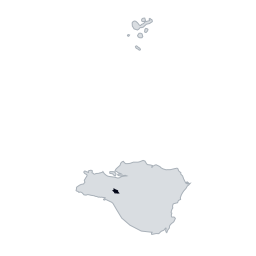 location of Paute, Azuay, Ecuador, rotated 85°
{"feature_id": "8360857B51005001809557", "entity_name": "Paute", "entity_type": "district", "adm_level": 2, "iso_a3": "ECU", "parent_name": "Ecuador", "parent_adm1": "Azuay", "projection": "equal_earth", "projection_center": [-78.747, -2.747], "detail": "fine", "context": "in_parent", "style": "filled", "palette": "ink", "viewbox_px": 256, "rotation_deg": 85, "n_neighbors": 0, "source": "geoboundaries", "source_scale": "gbopen_adm2", "svg_char_len": 4697}
<svg xmlns="http://www.w3.org/2000/svg" viewBox="0 0 256 256"><g transform="rotate(85 128 128)"><path d="M235.6,98.5L234.9,99.2L233.1,99.4L231.7,98.8L231.1,98.8L231.0,99.4L232.9,101.1L233.8,103.9L235.1,105.6L235.9,106.5L235.9,107.1L235.7,108.3L235.6,109.2L236.1,113.5L235.8,113.8L234.8,113.8L234.0,113.1L231.8,123.8L225.0,134.5L217.2,142.1L208.3,146.5L201.7,149.6L200.6,150.7L197.4,156.1L197.3,156.6L197.7,157.6L197.7,158.1L197.3,158.5L196.8,158.6L196.7,158.3L196.5,157.6L196.1,157.0L195.6,156.8L195.3,156.9L195.3,157.5L194.6,160.4L194.6,161.8L194.3,162.4L194.3,163.7L193.6,164.8L193.1,166.8L192.6,167.4L191.9,170.4L190.9,173.4L190.8,174.4L191.1,175.2L191.2,175.7L190.8,177.6L188.5,179.4L187.9,180.3L187.6,181.3L187.8,182.1L187.7,182.8L187.0,183.1L186.2,184.8L185.7,185.2L184.2,184.6L183.1,184.6L182.3,184.1L180.7,181.2L180.1,179.5L179.9,177.2L178.3,175.7L176.2,176.1L175.5,175.5L174.0,174.5L172.7,173.4L171.7,172.9L170.9,173.1L169.6,175.0L168.5,175.8L167.9,175.8L167.2,175.2L167.1,174.6L168.9,171.3L167.5,171.3L167.1,170.6L167.0,169.7L166.8,168.9L167.1,167.8L167.7,167.2L168.8,167.7L169.5,167.7L170.0,166.7L170.9,166.0L171.1,165.5L170.6,163.9L170.5,163.0L170.6,162.5L170.6,160.8L170.3,160.1L170.3,159.2L170.0,158.6L169.9,157.4L169.2,156.8L171.4,155.6L172.2,154.8L173.1,153.9L174.0,152.7L174.5,151.5L175.8,145.9L177.0,142.4L176.8,140.7L175.8,138.5L175.6,135.1L175.7,134.1L175.6,133.3L174.9,134.7L175.1,139.7L174.5,141.9L173.6,142.4L173.1,142.0L173.4,138.4L172.8,139.1L171.8,141.5L170.2,143.3L170.1,143.9L169.7,144.7L168.5,144.0L167.6,143.3L164.5,139.2L162.4,138.3L161.2,136.9L161.0,136.3L160.8,135.5L162.1,134.7L163.3,133.5L163.5,131.0L163.4,129.0L162.5,125.6L162.9,121.2L162.7,119.5L161.6,115.8L162.4,114.0L165.3,112.6L166.2,111.7L166.8,108.8L167.5,107.0L168.8,107.7L169.8,107.7L168.4,107.0L167.3,104.4L167.1,103.2L169.2,99.6L170.4,98.7L171.7,96.8L172.9,93.9L173.2,89.4L172.7,86.1L172.3,82.7L173.0,81.8L174.8,81.4L176.2,80.3L176.9,79.3L178.6,79.4L180.5,77.8L183.6,77.0L188.0,75.2L188.9,73.6L188.5,70.8L190.1,72.5L190.9,73.9L193.1,75.4L195.7,78.1L197.5,79.5L199.3,80.7L202.1,82.0L203.7,81.8L204.5,83.8L205.1,84.4L206.7,85.1L206.8,85.4L207.4,89.1L207.8,89.7L209.2,90.3L210.8,90.5L211.5,90.3L213.0,91.4L215.3,92.3L216.1,92.4L216.4,92.2L216.6,91.8L217.2,91.9L218.2,92.4L219.7,92.5L220.6,92.0L220.7,89.9L221.1,89.5L222.1,88.7L222.6,88.9L225.3,90.5L225.8,91.1L226.5,92.3L227.8,94.0L229.1,95.1L231.2,95.5L233.2,97.3L235.6,98.5ZM25.0,96.2L25.8,97.3L26.2,100.6L28.9,104.1L29.2,106.0L29.0,106.9L29.1,107.2L30.4,108.6L31.2,110.0L29.8,113.3L26.8,114.8L23.7,114.7L23.0,114.3L22.2,113.1L22.0,111.9L22.5,110.8L24.2,109.2L26.6,107.7L27.0,106.6L26.0,105.5L25.3,103.3L23.7,101.8L22.9,97.1L22.4,96.8L21.3,97.5L20.8,96.9L20.7,96.6L21.8,95.5L22.1,94.8L23.8,94.4L24.5,95.0L25.0,96.2ZM37.3,110.3L36.6,110.4L34.6,108.7L34.7,107.0L35.5,105.8L38.2,105.3L39.3,106.3L39.2,108.3L38.3,109.8L37.6,110.1L37.3,110.3ZM171.8,149.4L171.5,150.1L170.3,150.0L169.9,149.8L170.2,146.6L170.5,145.5L171.6,144.5L172.4,144.0L173.5,144.1L174.7,145.0L173.3,146.7L172.3,147.2L171.8,149.4ZM22.9,104.8L21.6,105.1L20.5,104.5L20.0,103.6L19.9,102.2L20.0,101.7L22.5,101.2L23.3,102.4L23.3,104.1L22.9,104.8ZM49.4,112.8L47.8,113.6L47.0,112.9L46.9,112.4L47.7,111.3L48.6,110.7L49.3,109.5L50.7,108.7L51.1,108.9L51.4,109.2L51.5,109.6L51.0,110.6L50.2,111.3L49.4,112.8ZM34.2,102.6L33.6,103.1L31.1,102.5L30.3,101.5L30.9,100.1L31.4,99.5L32.9,100.0L34.4,101.6L34.2,102.6ZM36.2,120.4L35.6,120.5L34.9,119.7L35.5,118.3L36.5,119.1L36.7,119.6L36.2,120.4ZM187.9,74.4L187.1,74.5L186.8,73.7L187.7,72.7L188.0,72.5L187.9,74.4Z" fill="#d9dde1" stroke="#a8b0b8" stroke-width="1"/><path d="M188.2,146.9L188.3,146.9L188.3,147.0L188.5,147.1L188.6,147.3L188.8,147.3L189.0,147.4L189.3,147.3L189.3,147.5L189.4,147.4L189.4,147.5L189.5,147.5L189.6,147.4L189.6,147.2L189.8,147.2L189.8,147.3L189.9,147.2L190.0,147.1L190.0,146.9L190.2,146.7L190.3,146.7L190.2,146.6L190.3,146.6L190.2,146.5L190.2,146.4L190.2,146.2L190.1,145.9L190.0,146.0L189.9,145.9L190.0,145.9L189.9,145.8L190.0,145.8L190.0,145.7L190.3,145.6L190.5,145.6L190.8,145.6L190.9,145.4L191.0,145.3L191.0,145.2L191.3,145.0L191.3,144.9L191.4,145.0L191.4,144.9L191.5,144.7L191.6,144.4L191.6,144.2L191.7,143.9L191.7,143.7L191.7,143.4L191.4,143.6L191.2,143.7L191.2,143.8L191.1,144.0L190.9,144.0L190.7,144.1L190.6,144.3L190.4,144.4L190.2,144.4L190.0,144.2L189.7,144.1L189.6,144.3L189.5,144.5L189.4,144.6L189.4,144.8L189.3,145.0L189.4,145.3L189.4,145.5L189.3,145.8L189.2,146.0L189.0,146.3L189.0,146.5L189.1,146.8L188.9,146.7L188.7,146.7L188.7,146.8L188.7,146.7L188.7,146.8L188.5,146.7L188.5,146.8L188.4,146.8L188.4,146.7L188.4,146.8L188.4,146.7L188.3,146.8L188.2,146.9Z" fill="#0f172a" stroke="#020617" stroke-width="1.5"/></g></svg>